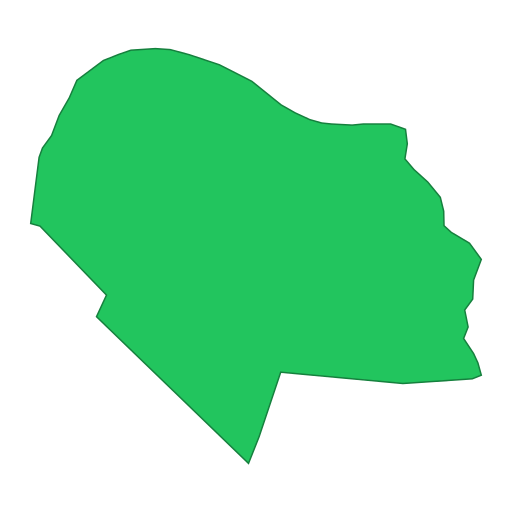 outline of Jardim Olinda, Paraná, Brazil
{"feature_id": "56859067B25666254969369", "entity_name": "Jardim Olinda", "entity_type": "district", "adm_level": 2, "iso_a3": "BRA", "parent_name": "Brazil", "parent_adm1": "Paraná", "projection": "mercator", "projection_center": [-52.066, -22.579], "detail": "fine", "context": "isolated", "style": "filled", "palette": "green", "viewbox_px": 512, "rotation_deg": 0, "n_neighbors": 0, "source": "geoboundaries", "source_scale": "gbopen_adm2", "svg_char_len": 723}
<svg xmlns="http://www.w3.org/2000/svg" viewBox="0 0 512 512"><path d="M76.9,80.3L69.3,97.8L59.2,115.4L51.6,135.5L42.5,148.0L39.1,157.3L30.7,223.5L40.0,226.1L106.5,295.1L96.5,316.7L248.5,463.4L259.1,436.7L280.7,372.2L402.9,383.5L472.3,378.8L481.3,375.2L477.9,362.9L473.6,353.6L463.6,338.5L468.1,327.0L464.7,310.0L472.7,299.1L473.6,280.0L481.3,259.4L469.5,243.2L451.3,232.4L444.0,225.7L443.7,211.2L440.3,197.3L427.8,182.1L414.0,169.6L404.9,158.9L407.3,143.8L405.5,129.3L390.6,124.0L363.4,124.0L352.2,125.1L331.3,124.0L321.7,123.0L309.7,119.6L295.0,112.8L281.1,104.9L251.8,81.3L219.4,64.8L189.2,54.7L170.2,49.6L155.3,48.6L130.9,50.2L119.0,54.3L103.4,60.5L76.9,80.3Z" fill="#22c55e" stroke="#15803d" stroke-width="1.5"/></svg>